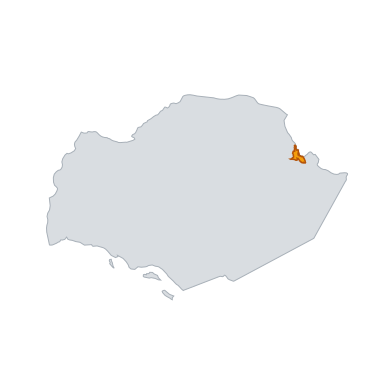 Kakonko, Kigoma, United Republic of Tanzania shown in context, rotated 119°
{"feature_id": "72390352B1364689767312", "entity_name": "Kakonko", "entity_type": "district", "adm_level": 2, "iso_a3": "TZA", "parent_name": "United Republic of Tanzania", "parent_adm1": "Kigoma", "projection": "natural_earth1", "projection_center": [30.86, -3.21], "detail": "fine", "context": "in_parent", "style": "filled", "palette": "amber", "viewbox_px": 384, "rotation_deg": 119, "n_neighbors": 0, "source": "geoboundaries", "source_scale": "gbopen_adm2", "svg_char_len": 6967}
<svg xmlns="http://www.w3.org/2000/svg" viewBox="0 0 384 384"><g transform="rotate(119 192 192)"><path d="M151.2,265.5L147.8,263.4L144.8,262.2L142.3,260.8L141.1,259.4L138.8,258.9L136.7,258.7L134.9,257.4L131.0,257.0L130.5,256.1L130.5,254.3L129.8,253.8L128.4,253.3L126.9,253.3L125.9,253.6L125.4,253.5L124.1,252.4L123.0,251.0L122.5,248.8L120.7,247.3L118.7,246.2L113.0,246.3L112.1,246.0L110.8,244.9L109.2,243.0L107.9,240.9L106.8,238.0L105.6,234.1L99.1,218.6L98.4,215.6L97.2,212.4L95.1,208.4L92.9,205.4L89.9,202.7L86.5,200.0L84.6,198.2L81.1,190.9L80.4,187.5L79.8,184.0L80.1,182.5L82.2,178.0L82.5,176.7L82.2,175.0L81.1,171.3L79.7,166.9L77.0,158.9L76.6,156.8L76.6,155.3L78.2,147.2L78.2,146.0L84.8,146.2L89.5,142.6L93.7,137.2L94.5,135.0L96.2,131.6L97.9,129.9L98.5,128.7L99.5,125.3L101.6,123.0L103.8,121.2L103.3,119.9L103.6,119.5L104.8,118.6L107.1,117.7L107.5,115.9L107.5,113.9L107.1,112.8L107.2,111.5L106.9,110.7L105.4,110.6L103.2,109.5L101.3,109.1L100.1,108.5L99.6,108.1L99.4,106.9L100.5,103.7L99.4,102.5L101.7,97.3L102.1,96.7L103.0,96.6L104.3,96.0L105.5,95.8L106.5,96.0L107.2,95.8L107.9,95.2L108.4,93.4L108.9,90.5L108.6,88.1L107.7,86.2L107.4,83.4L107.8,79.6L107.5,76.5L106.5,74.0L105.4,72.5L103.8,71.8L101.2,67.9L100.4,66.1L100.5,64.9L101.4,64.4L103.1,64.6L104.6,64.2L106.1,63.1L107.5,62.8L108.2,63.0L173.5,63.0L249.7,112.2L250.0,112.8L250.6,117.0L250.5,118.5L249.3,120.9L248.9,122.2L248.9,123.1L249.2,123.4L250.2,123.5L251.1,124.1L251.4,124.6L252.0,126.4L252.9,127.3L281.8,151.5L282.4,151.9L282.0,153.9L280.4,158.8L280.3,160.9L279.6,163.3L279.0,164.9L277.3,171.8L275.9,174.4L274.0,180.4L273.6,185.1L274.7,188.3L275.1,191.4L277.3,194.3L279.1,195.4L280.3,196.8L282.4,199.9L283.6,203.0L287.4,204.5L288.9,208.0L288.4,210.5L286.6,212.5L284.9,215.7L283.5,220.0L283.5,226.5L284.4,225.5L286.4,227.1L286.6,231.9L284.5,237.4L283.8,240.0L283.7,242.3L285.2,248.9L287.5,252.3L287.3,253.4L286.7,254.3L290.6,260.3L290.3,265.6L291.7,269.6L292.3,273.2L293.3,275.9L293.5,277.7L292.2,279.8L295.1,280.3L296.8,282.0L297.6,283.6L299.6,283.6L300.7,284.7L302.4,285.6L305.9,288.3L306.9,289.7L307.4,291.0L297.5,299.6L294.0,301.8L291.4,302.8L288.7,303.4L286.1,304.7L283.7,306.9L280.5,307.9L276.7,307.9L272.7,309.4L266.4,313.9L262.8,311.4L259.9,310.6L256.6,310.7L254.6,311.0L253.9,311.6L253.3,313.1L252.7,315.5L250.5,317.9L246.7,320.2L243.2,321.1L240.1,320.5L237.9,319.5L236.8,318.2L235.1,317.6L232.9,317.7L230.8,318.6L228.8,320.4L225.6,321.2L221.2,321.0L218.8,320.1L218.5,318.6L216.6,316.9L213.0,314.9L210.4,314.8L208.8,316.8L207.2,318.0L205.8,318.4L204.6,318.5L202.8,318.0L197.9,317.8L193.3,317.9L192.9,315.1L191.9,313.4L191.1,312.4L189.5,312.2L189.1,311.4L188.5,309.7L187.8,308.2L186.7,307.0L186.1,305.9L185.9,304.8L186.1,303.7L187.0,300.8L187.3,298.9L187.2,296.9L186.7,294.9L185.6,292.5L185.8,291.8L185.4,290.1L185.4,289.0L185.6,287.5L185.4,285.6L184.4,281.6L184.4,280.5L183.5,278.6L180.4,273.9L180.3,273.3L175.4,268.6L173.5,267.6L172.8,268.5L172.6,269.3L172.8,270.8L172.6,271.6L172.4,271.9L171.3,271.8L170.6,271.7L168.8,270.4L167.3,270.1L163.8,270.3L162.6,270.6L161.6,270.3L159.7,268.2L157.6,267.7L155.6,267.6L152.3,265.2L151.2,265.5ZM288.0,187.6L289.6,192.7L289.4,193.7L288.2,194.3L287.7,194.3L287.0,193.5L286.5,191.8L285.6,192.2L284.2,190.1L282.7,190.0L281.5,187.5L282.0,185.4L281.7,181.7L283.3,179.8L284.2,176.7L285.1,178.8L285.4,182.2L286.7,186.2L288.0,187.6ZM295.8,157.0L295.9,158.2L295.6,159.4L295.6,163.0L295.5,165.4L294.3,168.8L293.3,170.0L292.5,169.6L291.8,169.1L291.2,168.2L292.4,162.0L291.8,157.5L294.0,158.0L295.8,157.0ZM292.3,231.0L291.1,231.3L290.7,231.0L290.0,230.0L291.2,229.2L292.4,227.5L295.1,225.1L296.4,223.1L296.2,225.0L294.6,229.2L293.3,229.4L292.3,231.0Z" fill="#d9dde1" stroke="#a8b0b8" stroke-width="1"/><path d="M114.6,119.8L114.5,119.7L114.3,119.4L114.2,119.0L114.2,118.8L113.9,118.1L113.9,117.7L113.8,117.1L113.9,116.7L113.7,116.2L113.4,115.9L113.2,115.6L112.9,115.5L112.4,115.5L112.2,115.5L112.0,115.8L112.1,116.0L111.8,116.2L111.7,116.3L111.7,116.2L111.7,115.9L111.4,115.7L111.3,115.8L111.2,115.7L111.2,115.4L111.3,115.3L111.4,115.1L111.5,115.0L111.6,114.9L111.7,114.7L111.7,114.3L111.8,114.1L112.0,113.9L112.0,113.7L112.2,113.4L112.2,113.2L112.2,113.3L112.3,113.2L112.4,112.9L112.5,112.9L112.5,112.7L112.6,112.4L112.7,112.2L112.8,112.0L112.9,111.9L112.9,111.7L112.9,111.4L112.8,111.2L113.0,111.1L113.0,110.9L113.0,110.7L113.1,110.4L113.1,110.2L112.9,109.8L112.9,109.7L112.8,109.3L112.7,109.3L112.4,109.2L112.5,109.1L112.4,108.9L112.4,108.7L112.5,108.6L112.4,108.5L112.3,108.4L112.2,108.2L112.0,107.9L112.0,107.6L111.8,107.4L111.8,107.2L111.7,107.2L111.3,107.0L111.2,107.0L111.0,107.3L110.9,107.4L110.8,107.5L110.7,107.6L110.4,107.8L110.2,108.1L109.8,108.3L109.7,108.4L109.6,108.5L109.5,108.8L109.2,109.2L109.0,109.3L108.9,109.4L108.8,109.6L108.7,109.7L108.7,109.8L108.6,110.0L108.4,110.2L108.3,110.3L108.3,110.5L108.2,110.6L108.2,110.8L108.0,111.0L107.9,111.2L107.8,111.3L107.7,111.5L107.6,111.8L107.5,112.0L107.3,112.2L107.2,112.3L107.3,112.7L107.4,112.8L107.6,113.0L107.9,113.1L108.0,113.4L107.9,113.5L108.0,113.8L107.9,114.0L107.7,114.5L107.8,114.6L108.0,114.5L108.2,114.9L108.1,115.4L108.1,115.5L108.1,115.8L108.2,116.0L107.8,116.2L107.7,116.2L107.6,116.3L107.6,116.6L107.7,116.8L107.8,117.0L108.0,117.2L107.7,117.4L107.6,117.5L107.3,117.6L107.2,117.8L106.9,117.8L106.6,118.0L106.4,118.1L106.2,118.0L106.2,117.9L106.1,117.5L106.1,117.4L105.9,117.6L105.8,118.0L105.7,118.1L105.6,118.3L105.4,118.4L105.3,118.5L105.2,118.5L104.8,118.7L104.7,118.7L104.4,118.9L104.3,119.0L104.0,119.5L103.9,119.5L104.0,119.9L104.0,120.0L104.1,120.3L104.5,120.4L104.6,120.5L104.6,120.9L104.6,121.0L104.4,121.5L104.1,121.7L103.9,121.8L103.8,122.0L103.7,122.1L103.5,122.3L103.3,122.3L103.2,122.3L102.9,122.6L102.6,122.7L102.5,122.8L102.4,122.8L102.2,122.9L102.0,123.0L101.9,123.1L101.7,123.1L101.6,123.3L101.5,123.5L101.4,123.6L101.3,123.8L101.2,123.8L101.1,124.0L101.1,124.4L101.3,124.7L101.3,124.8L101.5,125.2L101.5,125.4L101.6,125.2L101.7,124.9L101.8,124.7L102.0,124.5L102.0,124.4L101.9,124.3L101.9,124.2L102.0,124.2L102.3,124.1L102.5,124.1L102.4,124.0L102.5,124.0L102.6,123.8L102.9,123.7L103.0,123.7L103.3,123.4L103.3,123.5L103.4,123.4L103.5,123.4L103.8,123.3L104.0,123.3L104.4,123.4L104.6,123.3L105.0,123.1L105.4,122.9L105.5,122.8L105.6,122.7L105.8,122.5L106.0,122.4L106.4,122.1L106.6,122.0L106.7,122.3L106.7,122.5L106.9,122.7L106.9,122.9L106.9,123.0L106.9,122.9L107.0,122.9L107.0,123.0L107.3,123.2L107.5,123.2L108.2,123.0L108.6,122.8L109.0,122.9L109.3,122.8L109.3,122.7L109.6,122.4L109.7,122.2L110.2,121.5L110.3,121.4L110.9,121.2L111.0,121.1L111.2,120.7L111.4,120.5L111.9,120.3L112.2,120.3L112.4,120.1L112.5,120.1L112.9,120.4L113.4,120.7L113.5,120.8L113.9,120.8L114.2,120.8L114.4,120.9L114.7,121.0L114.9,121.2L115.1,121.4L115.5,121.9L115.5,121.7L115.5,121.4L115.4,121.3L115.3,121.2L115.1,121.1L114.9,120.9L115.0,120.7L114.9,120.6L114.7,120.5L114.8,120.5L114.7,120.5L114.7,120.4L114.6,120.2L114.6,119.9L114.6,119.8Z" fill="#f59e0b" stroke="#b45309" stroke-width="1.5"/></g></svg>